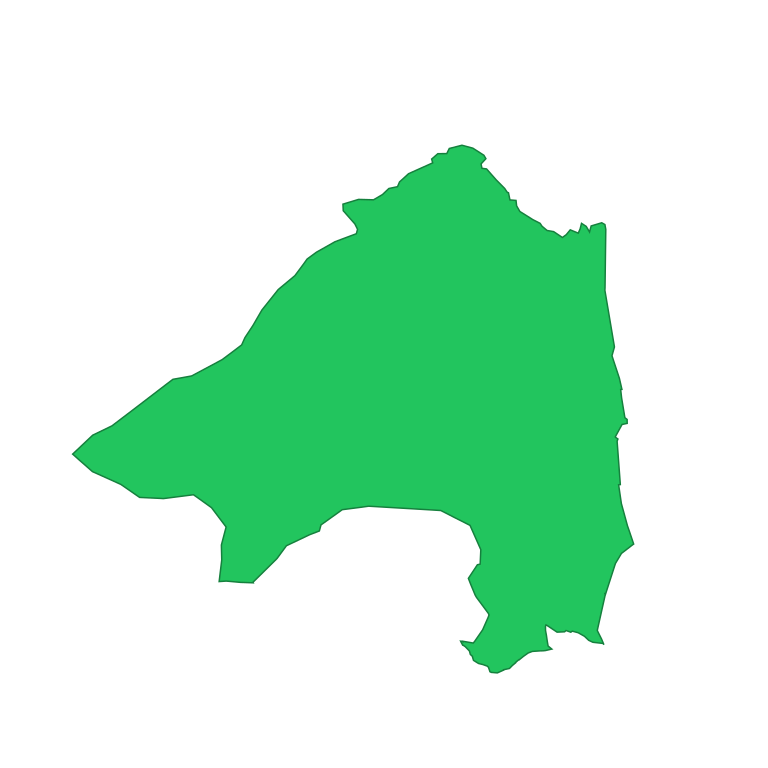 the district of Commonwealth 1, Montserrado, Liberia, rotated 285°
{"feature_id": "62588387B86192689871255", "entity_name": "Commonwealth 1", "entity_type": "district", "adm_level": 2, "iso_a3": "LBR", "parent_name": "Liberia", "parent_adm1": "Montserrado", "projection": "natural_earth1", "projection_center": [-10.681, 6.392], "detail": "fine", "context": "isolated", "style": "filled", "palette": "green", "viewbox_px": 768, "rotation_deg": 285, "n_neighbors": 0, "source": "geoboundaries", "source_scale": "gbopen_adm2", "svg_char_len": 2835}
<svg xmlns="http://www.w3.org/2000/svg" viewBox="0 0 768 768"><g transform="rotate(285 384 384)"><path d="M235.7,101.4L231.7,109.3L223.9,125.1L218.9,155.8L211.2,177.3L215.5,197.0L216.2,200.5L227.7,228.6L226.3,232.5L219.9,249.4L205.0,268.5L186.4,268.6L172.1,272.8L150.5,275.9L152.8,282.6L155.3,297.0L155.9,299.5L158.1,309.1L158.5,308.7L186.8,325.3L187.9,325.9L202.5,331.6L219.2,351.2L224.5,358.5L225.3,359.6L231.6,359.6L251.8,376.2L259.2,394.2L262.0,400.8L274.4,461.2L276.5,471.6L273.2,487.0L269.7,503.7L249.0,520.4L234.9,523.5L233.6,521.0L218.1,515.8L212.4,520.0L211.0,521.1L203.7,526.7L201.8,528.6L191.5,541.6L189.4,544.2L188.1,545.2L185.7,545.0L182.4,544.5L172.1,542.9L159.2,538.3L156.9,537.3L155.9,526.6L155.5,526.9L155.5,526.4L155.4,524.6L154.8,525.1L152.1,527.6L152.2,527.9L151.3,530.5L148.4,535.3L147.9,535.8L145.1,537.4L144.9,537.8L143.8,539.9L143.1,540.2L140.2,542.0L138.9,546.3L138.5,547.7L138.6,552.1L138.2,556.8L137.4,558.2L134.6,560.1L133.5,560.8L133.4,561.5L133.2,562.2L134.1,567.3L134.3,568.0L134.3,568.3L138.7,573.7L139.0,573.5L139.9,575.3L140.1,575.7L141.7,578.8L145.4,580.9L148.8,583.3L149.0,583.1L152.6,585.6L152.5,585.9L156.9,589.1L161.5,592.9L164.1,596.5L166.6,603.8L167.5,606.8L168.3,608.9L171.4,614.7L173.4,610.3L178.2,608.1L183.8,605.7L185.2,605.0L187.8,603.8L191.6,602.7L193.2,602.8L193.0,603.9L189.1,615.4L191.4,622.6L193.0,623.6L192.6,628.7L194.0,629.8L194.0,636.0L192.2,642.9L189.4,648.1L188.6,652.5L188.7,653.4L190.1,662.7L189.1,663.9L193.9,660.2L201.1,653.8L203.2,653.7L236.6,652.3L238.7,652.4L238.7,650.9L238.9,652.4L270.6,654.0L281.8,657.2L293.2,665.9L294.0,666.6L305.3,659.1L310.0,655.9L330.0,644.2L347.4,636.7L348.0,638.3L348.6,638.1L389.0,624.0L390.6,624.1L391.4,624.2L392.5,621.3L392.9,621.1L406.5,624.4L408.3,627.9L408.9,629.1L412.7,628.0L413.8,625.4L432.1,617.1L440.0,614.0L440.4,615.2L450.4,609.9L465.5,600.0L470.3,596.9L479.4,597.0L481.2,596.2L531.7,573.1L534.1,572.6L590.8,558.2L595.2,556.1L596.1,552.6L590.3,543.2L584.0,543.2L588.6,538.5L590.3,533.2L584.6,533.3L580.0,532.6L581.1,524.0L575.4,521.4L571.7,518.4L575.1,508.4L574.5,501.8L577.3,495.8L579.6,493.2L581.3,485.2L585.8,470.6L588.5,467.9L590.4,466.0L595.5,464.0L594.4,458.0L601.0,454.7L601.0,453.6L602.3,452.0L604.1,450.0L610.3,439.4L618.3,427.4L617.7,422.8L621.7,420.8L628.0,424.1L630.8,421.3L634.8,408.8L634.8,397.5L628.4,386.1L622.8,385.0L620.4,376.4L613.6,371.8L610.2,373.8L593.5,353.3L583.2,346.7L578.1,346.0L574.1,338.1L566.6,333.5L559.2,326.2L555.7,311.6L552.2,306.0L547.1,297.8L540.8,299.8L531.1,314.4L526.6,318.4L522.0,318.4L508.8,299.9L493.9,284.7L484.8,277.4L479.2,275.3L465.6,269.9L447.9,257.4L423.8,246.9L406.7,242.3L392.9,237.7L384.9,236.4L373.7,227.7L365.5,221.2L342.0,196.1L338.1,187.9L333.9,178.9L328.1,174.4L299.6,152.5L273.2,132.1L259.2,115.9L235.7,101.4Z" fill="#22c55e" stroke="#15803d" stroke-width="1.5"/></g></svg>